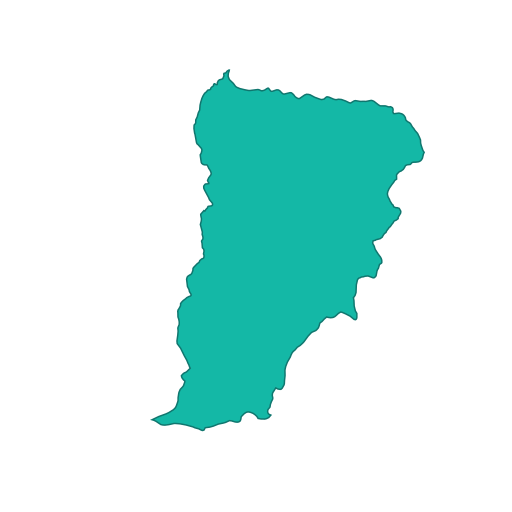 the district of Iles, Nariño, Colombia, rotated 296°
{"feature_id": "7082276B76262709729970", "entity_name": "Iles", "entity_type": "district", "adm_level": 2, "iso_a3": "COL", "parent_name": "Colombia", "parent_adm1": "Nariño", "projection": "orthographic", "projection_center": [-77.509, 0.985], "detail": "fine", "context": "isolated", "style": "filled", "palette": "teal", "viewbox_px": 512, "rotation_deg": 296, "n_neighbors": 0, "source": "geoboundaries", "source_scale": "gbopen_adm2", "svg_char_len": 6131}
<svg xmlns="http://www.w3.org/2000/svg" viewBox="0 0 512 512"><g transform="rotate(296 256 256)"><path d="M422.9,361.7L424.0,359.8L427.7,356.1L429.6,354.5L432.4,353.0L434.3,350.9L437.0,347.5L438.5,343.9L439.7,342.0L440.6,339.9L442.6,337.0L443.1,335.6L443.2,333.3L443.8,331.4L444.2,330.8L445.8,329.6L446.6,328.5L447.3,327.1L447.7,325.5L447.6,324.0L447.1,321.8L444.6,318.0L444.4,317.1L445.5,315.8L447.4,315.2L448.4,314.5L449.1,313.6L449.2,311.8L449.1,311.3L448.5,310.6L448.1,309.6L447.7,306.7L445.4,301.8L445.5,300.0L446.7,294.4L446.7,292.8L446.4,291.4L443.1,287.0L442.3,285.1L440.7,282.1L439.2,277.2L438.4,276.2L434.9,273.9L434.6,272.5L434.6,268.5L434.1,264.1L433.0,261.3L431.8,259.8L431.3,258.6L431.0,257.1L430.8,252.4L430.5,250.8L430.0,249.8L429.2,249.3L426.8,248.3L425.4,246.5L425.0,245.1L424.4,239.2L424.6,234.1L424.3,232.5L423.5,230.5L422.0,229.1L416.8,226.2L416.3,225.6L416.0,224.8L416.0,223.0L416.4,221.1L417.3,219.5L417.9,217.8L418.2,216.3L417.8,215.1L414.6,211.2L414.0,210.5L413.6,209.5L413.8,208.0L415.0,204.8L415.0,203.0L414.3,201.6L411.3,198.6L410.7,197.5L410.7,196.8L412.3,193.7L412.0,193.0L411.2,192.4L408.7,190.9L407.0,188.9L406.8,187.8L406.8,186.3L406.5,184.8L402.0,177.9L401.4,176.5L400.5,173.1L399.4,168.1L399.2,164.5L399.6,163.0L401.2,160.0L402.8,155.0L403.7,153.8L405.4,152.1L408.3,151.0L410.3,150.8L411.4,150.5L411.2,150.1L409.5,149.0L407.3,148.6L406.2,147.2L405.4,147.2L403.9,148.2L400.8,148.4L400.0,147.8L398.3,145.9L397.1,145.3L394.8,145.3L393.6,145.9L393.0,145.9L392.6,145.0L392.7,143.3L392.5,143.0L391.7,142.7L390.8,143.1L390.2,143.1L388.5,142.2L387.1,141.8L386.7,141.8L386.0,142.1L385.1,141.6L384.1,140.1L383.5,139.8L381.9,139.5L379.7,138.5L376.7,138.2L373.9,138.3L370.1,138.9L367.1,139.6L362.5,141.4L359.3,141.4L355.2,142.2L351.9,142.2L349.3,143.4L348.4,143.5L346.7,143.0L346.0,143.2L343.3,144.4L339.5,147.0L338.7,147.8L332.0,152.7L331.0,153.8L330.7,155.1L328.8,159.7L327.9,160.7L326.8,161.2L324.3,161.7L322.5,161.5L320.9,162.5L316.1,165.8L315.5,166.6L315.1,168.4L315.5,170.2L316.3,171.6L316.3,172.1L315.7,173.2L314.1,175.1L312.7,177.5L310.9,179.4L309.4,179.9L305.5,179.2L302.7,179.3L301.6,180.5L301.0,181.5L300.4,181.8L299.6,180.8L298.7,179.2L298.2,178.8L296.4,178.4L295.6,178.5L294.1,179.3L292.7,180.9L287.9,187.6L286.2,189.5L284.4,193.6L284.0,193.9L283.0,194.5L282.5,194.5L281.6,194.1L279.7,191.3L278.7,191.1L278.0,191.3L276.0,190.6L273.9,190.3L274.0,189.3L269.3,188.0L268.1,188.7L265.5,190.7L263.4,191.5L259.9,192.2L254.0,197.3L251.7,198.2L250.4,199.5L249.1,200.4L247.9,200.8L245.7,200.5L245.1,200.8L244.0,201.8L239.9,204.2L239.3,205.8L237.8,207.1L234.8,207.9L234.1,208.8L232.3,209.7L231.2,209.8L230.6,209.5L229.6,208.5L227.8,207.7L227.1,207.5L225.2,207.6L223.5,206.6L218.6,205.0L217.3,204.8L215.4,205.6L212.6,205.9L211.8,205.8L210.5,205.4L210.1,204.9L208.3,203.8L207.5,203.5L206.8,203.4L204.7,203.8L198.5,207.8L196.4,210.6L194.8,211.8L193.1,214.4L192.2,214.9L191.3,214.7L190.3,213.6L188.3,212.1L186.5,211.4L184.1,210.1L181.6,209.3L180.1,209.1L178.9,209.7L177.8,210.0L174.2,209.8L173.4,209.6L171.8,210.0L170.9,210.6L167.0,212.6L165.3,214.3L163.1,215.9L160.8,217.0L157.6,217.2L156.7,217.5L154.4,218.9L150.8,220.3L145.0,222.2L142.7,223.6L140.1,228.6L134.9,235.3L131.9,239.6L129.8,241.9L128.8,243.3L127.0,245.1L126.3,246.1L121.5,244.4L120.6,243.8L119.5,242.8L118.4,242.2L115.8,241.4L114.8,242.1L113.8,243.3L112.9,245.1L112.5,246.8L111.7,247.2L107.7,247.7L106.1,247.4L102.9,246.4L100.2,246.5L98.9,246.7L94.5,248.1L92.0,249.3L90.7,249.6L86.5,250.1L84.5,250.1L81.7,249.2L77.2,246.4L74.7,244.4L69.1,239.0L63.3,234.4L63.6,236.2L63.6,238.5L62.8,244.4L63.3,246.4L64.1,248.3L66.2,251.5L69.6,255.8L70.3,257.3L71.9,261.4L73.5,267.3L74.8,274.4L74.8,276.2L75.6,280.5L75.5,282.4L75.6,283.9L75.8,284.6L76.9,285.6L79.2,285.6L79.6,285.9L81.9,289.4L84.4,292.2L88.4,295.8L91.5,299.8L93.1,301.6L96.4,304.3L97.1,306.3L97.7,310.0L98.4,311.9L99.3,313.2L100.5,314.0L101.3,314.1L102.7,313.9L104.9,313.2L105.5,313.3L109.1,314.5L111.1,315.7L111.9,316.5L112.7,317.9L113.1,319.8L113.3,322.3L112.9,324.9L112.4,326.5L112.1,327.3L110.9,329.1L111.8,332.2L113.4,335.5L114.4,336.7L116.4,338.3L119.5,339.1L119.4,337.4L119.7,336.2L120.5,335.2L121.2,334.7L122.6,334.2L123.3,334.1L126.3,334.8L128.9,334.0L131.7,333.7L134.7,333.7L135.8,333.3L137.9,331.7L139.6,331.1L140.5,331.0L146.1,331.6L146.0,333.7L146.5,335.6L147.1,336.8L147.6,337.1L148.7,337.5L152.4,337.7L153.8,337.4L156.6,336.2L161.3,334.5L166.2,332.0L169.8,331.1L174.4,330.7L180.1,331.1L182.4,330.9L184.8,330.9L186.5,331.3L188.8,332.3L192.1,333.1L195.0,334.9L198.3,336.2L200.0,336.7L206.7,337.9L211.3,339.3L212.3,339.9L215.2,342.4L216.4,342.9L218.6,343.5L219.4,343.5L221.3,343.3L223.0,342.9L224.0,342.9L226.0,344.0L229.4,345.0L232.2,346.3L232.4,347.6L233.2,350.1L234.5,352.1L235.9,353.3L237.4,354.0L240.5,355.2L242.8,356.7L243.1,357.9L243.3,361.8L243.2,366.9L242.0,372.0L242.4,373.4L243.2,373.8L244.2,373.8L245.2,373.5L248.6,371.8L250.2,369.4L252.1,367.8L254.2,366.1L258.8,363.6L261.3,361.8L262.3,362.1L264.1,362.3L267.0,361.9L274.1,358.8L278.8,357.7L279.9,357.7L281.3,358.2L282.3,359.3L283.3,359.9L284.3,361.5L285.7,363.0L287.2,365.5L287.7,370.7L288.1,371.6L288.6,371.9L289.7,372.4L290.9,372.6L295.6,371.3L297.1,371.2L298.5,371.4L302.5,370.7L304.6,371.9L305.4,371.9L307.3,370.9L308.4,369.9L309.5,368.5L311.4,364.8L313.9,360.7L314.9,359.5L316.6,358.0L318.4,355.5L319.0,355.1L321.0,354.6L322.5,356.4L323.2,356.7L326.0,360.0L328.3,361.2L330.0,361.2L332.5,361.6L334.1,362.5L335.7,362.4L338.1,362.8L338.7,363.1L339.9,363.0L341.2,363.8L344.0,364.2L345.4,364.6L347.7,364.8L348.1,364.9L349.7,366.3L351.9,367.4L353.1,366.8L357.7,367.2L359.2,366.8L359.9,366.3L361.6,363.8L361.3,361.7L360.7,360.5L360.6,358.2L361.9,356.8L362.2,355.5L364.3,352.2L365.3,351.2L366.9,348.9L368.1,347.8L369.5,346.8L371.8,346.2L375.1,346.1L379.9,346.8L382.4,347.4L384.8,347.6L386.7,348.7L390.4,346.8L391.7,346.9L394.7,347.9L395.9,349.1L398.4,350.4L400.6,350.7L402.3,350.7L403.2,351.0L404.3,352.0L405.8,354.4L406.6,354.8L408.2,355.2L408.7,355.6L409.4,356.5L410.3,358.3L411.7,360.5L412.7,361.5L413.8,362.2L415.1,362.6L416.9,362.7L420.9,361.8L422.9,361.7Z" fill="#14b8a6" stroke="#0f766e" stroke-width="1.5"/></g></svg>